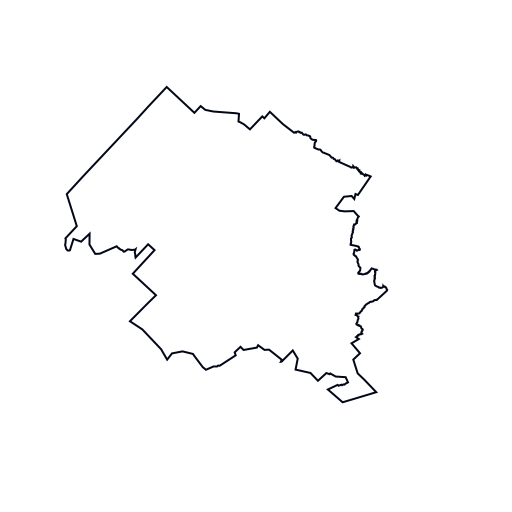 Janos, Chihuahua, Mexico (Albers equal-area conic projection), rotated 313°
{"feature_id": "50627088B67966039519122", "entity_name": "Janos", "entity_type": "district", "adm_level": 2, "iso_a3": "MEX", "parent_name": "Mexico", "parent_adm1": "Chihuahua", "projection": "albers", "projection_center": [-108.251, 30.757], "detail": "fine", "context": "isolated", "style": "outline", "palette": "ink", "viewbox_px": 512, "rotation_deg": 313, "n_neighbors": 0, "source": "geoboundaries", "source_scale": "gbopen_adm2", "svg_char_len": 6113}
<svg xmlns="http://www.w3.org/2000/svg" viewBox="0 0 512 512"><g transform="rotate(313 256 256)"><path d="M370.1,288.9L392.4,285.6L391.0,281.9L390.0,281.8L390.3,280.6L388.8,280.7L389.1,279.5L388.8,278.7L388.9,277.6L388.9,277.4L388.3,277.3L387.7,276.4L387.9,276.1L388.7,276.1L389.0,275.6L388.9,275.0L388.2,274.3L388.3,273.8L388.2,273.6L388.4,273.2L389.2,273.0L389.1,272.7L388.5,272.2L388.6,271.2L389.2,271.1L389.5,270.7L389.5,270.4L389.0,269.7L389.1,268.7L388.7,268.5L388.2,267.7L387.5,267.6L387.1,267.3L387.2,266.9L387.9,266.4L388.0,265.8L387.7,266.0L386.7,266.1L385.7,265.4L385.8,265.2L381.5,252.7L382.5,251.9L381.8,251.8L382.0,251.2L381.6,250.6L380.6,250.7L380.2,250.3L380.2,249.3L380.6,247.9L380.0,246.6L380.1,246.1L380.4,245.4L379.9,244.5L379.5,244.1L379.9,240.9L378.6,237.3L378.2,236.6L378.0,235.6L377.2,234.2L377.3,232.3L377.6,231.5L377.5,231.1L377.6,230.5L377.2,229.8L376.5,229.1L375.5,226.6L375.3,225.5L374.9,225.0L375.0,224.7L375.3,224.2L375.9,224.0L377.3,223.0L377.6,222.6L379.0,221.8L379.3,221.6L379.8,221.7L380.9,221.6L381.9,221.1L382.3,221.2L381.3,220.3L379.6,218.1L379.5,217.8L379.3,216.3L379.4,215.3L380.3,214.2L380.4,213.4L380.0,213.0L379.8,212.0L378.9,210.9L378.9,209.5L378.5,209.1L377.7,208.8L377.2,208.1L377.1,207.7L377.4,205.3L376.5,204.6L376.3,204.1L376.5,203.6L376.1,203.1L376.3,202.8L376.2,202.3L375.4,201.5L374.2,201.0L373.5,201.1L373.4,200.2L372.6,200.1L372.1,199.7L370.8,185.7L370.9,167.8L362.4,168.2L362.4,165.4L344.5,165.2L344.1,157.4L343.0,153.1L342.4,151.5L348.4,146.6L347.0,144.3L332.6,126.3L328.3,119.3L327.9,113.3L318.7,113.3L318.7,75.4L292.9,75.3L275.4,75.5L195.9,75.2L172.2,75.4L155.6,104.6L138.9,104.6L138.4,105.6L135.2,108.1L133.9,108.8L131.7,112.5L131.6,114.2L131.7,114.7L132.6,115.7L133.3,116.0L144.0,110.9L147.2,118.3L158.8,119.1L150.8,126.4L147.9,137.0L151.2,140.2L168.1,147.5L167.9,149.1L168.2,150.4L168.0,150.6L168.3,151.5L168.2,152.2L168.6,153.3L169.0,153.9L169.1,155.0L168.9,156.2L169.1,156.5L169.7,156.9L173.3,157.7L174.2,158.7L174.9,160.0L176.0,161.4L176.8,162.0L177.5,162.8L178.2,163.2L178.8,163.3L176.0,164.8L175.0,166.4L173.6,167.8L172.7,169.0L191.0,169.1L191.1,177.8L159.0,178.0L159.1,209.6L148.1,209.1L122.3,208.3L124.8,222.9L123.1,250.2L119.6,261.7L127.5,261.0L136.1,267.3L141.4,276.7L140.8,279.3L138.4,292.9L138.7,297.0L146.3,300.3L148.7,302.9L150.0,303.0L151.0,304.3L169.5,308.9L171.0,306.1L179.0,306.6L178.8,311.0L189.6,319.1L192.2,318.4L193.1,326.2L196.4,329.4L197.7,345.6L195.6,346.3L196.0,346.6L196.6,346.8L212.0,347.3L209.4,356.5L199.9,362.4L207.6,375.6L207.0,386.4L218.4,387.3L219.7,390.4L220.7,390.4L222.2,396.5L228.5,404.2L226.3,409.5L223.7,408.5L222.4,408.5L221.8,407.6L220.2,407.1L220.2,406.3L217.5,404.9L217.4,403.6L207.4,399.6L208.1,419.1L238.4,436.8L239.4,419.4L239.5,410.4L246.6,397.8L255.8,398.4L257.3,385.4L265.4,387.8L264.9,384.5L266.0,384.8L266.1,384.6L266.8,384.5L267.6,385.0L267.8,384.6L268.0,384.6L269.0,385.0L269.4,385.5L269.9,385.6L270.0,385.8L270.4,385.9L270.6,386.3L271.6,386.7L271.7,386.3L271.7,385.6L272.0,385.1L273.2,384.6L273.7,384.8L274.5,384.6L274.9,384.3L275.2,383.7L274.9,383.1L275.0,382.5L275.2,382.0L276.0,380.9L276.0,380.6L275.7,380.3L275.6,379.9L275.7,379.5L275.3,378.9L275.7,378.8L275.7,378.7L275.3,377.8L275.0,377.5L275.0,377.2L274.5,376.5L274.5,376.2L275.0,375.5L277.0,375.2L278.4,374.1L279.1,374.0L280.1,373.6L280.9,372.4L281.5,372.2L281.3,371.8L281.3,371.2L281.5,369.9L280.9,369.3L280.8,369.0L282.2,368.4L282.5,369.1L282.7,369.3L283.8,370.0L284.1,370.5L284.9,370.8L286.8,370.4L287.3,370.7L288.0,370.7L288.5,370.4L289.2,370.3L289.8,370.0L290.4,370.1L291.0,370.3L291.7,370.0L292.8,370.2L293.3,369.6L294.2,369.6L294.7,369.7L295.1,369.6L296.4,369.8L297.0,370.0L297.4,370.0L298.6,370.6L299.7,370.5L300.0,370.8L301.0,371.2L301.4,371.8L302.7,372.5L303.3,372.7L304.0,372.6L304.5,372.7L305.3,373.5L305.9,373.8L306.0,374.2L306.2,374.3L319.8,375.4L320.7,375.1L320.9,374.0L321.5,373.0L321.4,372.3L321.7,371.8L321.6,371.3L321.3,370.7L321.1,370.7L321.1,370.1L320.6,369.9L320.7,369.6L320.0,370.1L319.1,369.9L318.2,369.4L318.2,369.2L317.3,368.1L317.2,368.2L316.7,367.3L316.8,366.6L316.1,365.1L315.7,363.1L315.9,362.7L318.0,359.8L318.3,359.7L318.7,359.1L319.5,358.9L319.9,358.4L320.2,358.5L321.0,358.1L321.1,357.8L321.8,357.1L321.7,356.9L322.4,356.6L322.4,356.4L322.6,356.4L322.8,356.1L323.2,356.1L323.6,355.7L324.5,355.3L325.1,354.5L325.3,354.5L325.7,354.0L325.7,353.7L325.9,353.5L327.5,353.5L328.2,353.8L328.2,353.5L327.3,352.2L326.9,352.0L326.9,351.6L326.7,351.0L325.8,349.1L325.4,349.3L324.9,349.1L323.7,349.3L322.9,349.2L322.5,349.5L321.9,349.3L321.7,349.5L321.2,349.2L320.9,349.5L320.6,349.5L320.2,349.4L320.1,349.2L319.5,349.2L318.9,348.7L318.7,348.8L318.6,348.5L318.3,348.6L318.2,348.4L317.5,348.3L317.0,347.7L315.7,347.0L315.2,346.5L314.8,345.9L314.9,345.3L314.2,344.7L314.1,344.3L313.7,344.2L313.6,343.8L313.1,343.4L312.9,343.0L313.1,342.5L313.5,342.4L313.6,342.2L314.6,342.1L315.0,342.3L315.9,342.0L316.1,342.1L316.5,342.0L318.6,340.4L318.7,340.2L318.6,339.4L318.7,338.0L318.8,337.6L319.9,336.6L320.6,334.7L321.0,334.5L321.3,333.8L322.7,333.3L323.2,332.0L323.3,331.1L324.0,329.4L323.6,328.1L323.8,327.7L323.6,327.1L323.6,326.6L323.8,326.2L324.4,325.7L325.2,325.6L326.7,324.5L327.4,323.9L327.7,323.8L328.4,324.1L328.8,325.8L328.7,326.2L329.0,326.4L329.4,326.4L330.3,326.8L330.8,327.1L331.0,327.6L331.4,327.7L331.8,327.4L332.0,326.8L332.2,325.6L332.7,325.2L332.7,324.2L332.4,324.0L331.7,322.4L328.8,317.7L328.7,317.5L328.8,317.4L329.4,317.0L330.0,316.8L330.1,316.6L330.4,316.4L331.4,316.0L332.2,314.8L333.1,314.0L333.4,313.8L333.6,313.5L334.7,313.5L335.0,313.4L335.9,312.1L336.3,312.0L338.2,311.1L338.8,311.0L339.1,310.7L339.7,310.6L339.9,309.9L340.4,309.6L341.1,309.5L341.6,309.2L341.8,308.6L342.4,308.7L343.0,308.0L343.7,307.8L344.1,307.0L344.3,306.9L344.9,306.8L345.9,306.2L346.0,306.3L346.3,306.9L347.3,306.9L347.6,307.1L348.2,306.8L349.0,307.3L349.7,306.6L350.9,306.1L351.0,305.8L350.5,305.5L351.1,305.1L351.7,305.1L353.6,304.3L355.0,304.2L354.9,302.9L355.5,296.8L349.1,290.4L346.0,286.1L345.3,281.5L359.3,279.9L365.1,285.0L364.7,289.0L369.2,286.5L370.1,288.9Z" fill="none" stroke="#020617" stroke-width="2"/></g></svg>